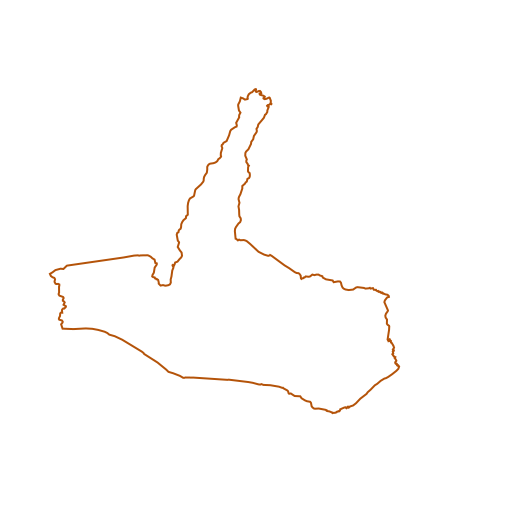 outline of Viqueque, Viqueque, East Timor, rotated 26°
{"feature_id": "22284137B80785204174249", "entity_name": "Viqueque", "entity_type": "district", "adm_level": 2, "iso_a3": "TLS", "parent_name": "East Timor", "parent_adm1": "Viqueque", "projection": "robinson", "projection_center": [126.369, -8.837], "detail": "fine", "context": "isolated", "style": "outline", "palette": "amber", "viewbox_px": 512, "rotation_deg": 26, "n_neighbors": 0, "source": "geoboundaries", "source_scale": "gbopen_adm2", "svg_char_len": 6117}
<svg xmlns="http://www.w3.org/2000/svg" viewBox="0 0 512 512"><g transform="rotate(26 256 256)"><path d="M114.0,406.1L124.0,401.7L134.8,395.7L140.8,393.2L146.6,391.6L153.2,390.4L156.2,390.4L158.6,391.0L164.2,390.0L172.4,389.9L195.3,392.0L197.5,392.5L198.4,393.1L214.2,394.9L225.2,397.5L228.1,398.5L232.9,397.7L240.1,397.1L243.9,397.4L245.0,396.9L245.9,396.1L253.6,392.5L284.7,379.8L285.7,379.1L304.5,372.6L308.7,371.4L314.5,370.3L316.2,369.7L317.0,368.8L319.2,368.6L325.4,365.9L333.9,363.4L337.4,363.0L338.0,362.6L338.7,362.9L343.0,363.1L344.1,363.5L345.5,365.1L346.2,365.3L347.5,364.3L352.1,364.9L357.3,362.7L359.3,363.9L363.3,364.3L365.4,364.2L368.6,363.3L369.8,363.9L371.9,366.7L373.1,367.3L374.8,367.7L376.0,367.4L379.2,365.6L385.8,363.8L387.1,363.7L387.2,364.1L387.8,364.2L390.1,363.5L393.2,363.3L393.1,363.5L393.5,363.6L393.6,363.2L394.2,363.2L396.0,362.1L396.9,361.2L396.8,360.7L397.3,360.2L398.0,359.8L398.1,359.3L399.0,359.0L399.2,357.7L398.9,356.9L401.7,353.6L402.6,352.8L404.0,353.2L404.5,352.3L404.3,351.7L404.4,351.3L404.7,351.1L405.3,351.8L405.7,351.8L406.1,351.2L406.4,350.1L408.8,347.8L410.4,344.6L412.3,338.5L415.8,331.5L416.1,329.5L417.6,325.9L419.5,320.1L421.0,317.7L422.8,313.5L425.1,309.9L426.3,308.9L427.8,306.8L430.1,302.7L432.5,297.7L433.4,295.0L433.1,292.6L431.5,291.8L431.1,292.0L431.0,292.5L430.5,292.3L429.9,291.2L429.5,291.1L428.8,291.6L427.9,291.0L427.7,290.2L428.1,289.0L428.0,288.5L426.0,287.2L425.6,286.1L425.1,286.6L424.4,285.7L423.7,285.7L421.6,284.5L422.1,283.5L421.5,282.8L421.2,281.8L420.8,281.8L420.7,281.3L421.4,280.6L421.1,280.2L420.0,279.9L420.3,277.9L418.8,276.4L415.9,274.5L415.2,274.6L414.4,273.1L413.4,273.1L413.2,273.9L412.8,274.2L412.7,273.8L413.0,272.9L412.9,272.4L412.6,272.2L411.6,273.9L410.9,273.4L408.0,264.1L406.6,260.8L406.2,260.4L404.4,260.1L403.3,259.5L401.6,255.7L399.5,254.5L398.4,253.0L398.1,250.9L398.6,248.0L398.5,247.1L391.6,241.2L391.3,239.4L391.9,236.3L392.1,235.7L393.4,234.5L392.8,233.7L391.2,233.2L389.0,233.8L387.4,233.8L386.9,234.2L386.1,233.6L385.5,233.5L384.9,234.3L384.0,234.2L383.7,233.8L383.3,234.1L382.7,233.8L382.0,234.4L381.1,233.9L380.6,234.4L378.6,234.2L378.5,233.9L376.7,234.7L375.2,233.6L373.2,235.1L372.3,234.7L371.5,235.6L368.7,237.3L367.0,237.4L360.9,239.5L359.8,240.4L358.0,243.6L354.2,246.0L351.0,246.9L349.0,246.9L347.6,246.4L345.8,244.9L344.1,242.8L342.7,242.1L340.8,242.9L337.3,245.5L335.6,244.4L329.1,246.3L325.5,246.1L324.5,245.1L321.8,245.5L320.4,245.3L318.5,246.2L316.9,247.6L314.8,248.0L313.6,250.6L312.6,251.5L309.6,252.6L309.2,253.8L308.4,254.4L308.4,255.1L307.3,255.9L306.9,256.7L306.2,256.4L304.7,254.0L302.8,253.0L301.8,252.8L299.9,253.5L297.9,253.5L291.1,252.4L285.8,251.9L270.0,249.0L268.2,248.9L268.1,249.4L266.9,250.5L262.7,251.2L256.4,251.1L245.3,247.7L241.2,246.7L239.8,246.7L238.1,247.0L235.0,248.7L233.6,248.7L232.9,249.9L230.8,249.3L230.1,249.4L226.1,242.9L225.3,240.7L225.3,238.8L226.0,234.5L226.9,232.5L226.7,230.4L225.7,228.8L223.7,227.6L222.7,226.0L220.6,222.0L218.5,219.1L217.8,215.4L215.5,212.7L215.0,211.5L214.8,210.1L214.9,207.4L214.1,201.3L213.0,199.1L214.4,195.7L214.4,194.5L215.1,193.1L214.5,190.4L215.6,188.9L215.6,187.5L215.0,185.9L214.0,184.3L212.4,183.9L211.6,183.3L209.9,179.5L210.0,177.9L208.8,177.7L208.2,176.9L206.1,175.8L205.5,174.5L205.4,173.2L202.4,170.6L201.3,168.1L201.3,166.5L202.4,163.4L202.4,157.5L201.7,155.5L202.3,152.3L201.5,149.0L202.2,144.6L202.0,143.3L200.7,141.5L201.0,139.3L200.4,136.8L202.5,128.3L202.2,125.1L202.8,124.1L203.0,121.6L202.4,120.2L202.1,116.5L200.6,116.5L200.1,116.1L200.5,115.1L201.6,114.3L202.0,113.1L203.2,112.9L203.2,112.5L201.9,111.7L201.4,110.1L199.0,107.8L198.5,107.7L198.2,107.9L196.5,110.1L195.1,111.2L193.9,111.2L193.5,110.9L194.1,109.5L194.0,108.9L192.3,108.7L189.0,109.3L188.5,109.1L188.0,108.4L188.3,108.0L189.0,108.0L189.4,107.4L188.5,106.4L187.2,105.9L186.3,106.4L184.7,108.3L184.0,108.4L183.1,107.7L183.2,106.6L182.9,106.1L182.6,106.1L181.8,106.9L180.7,110.5L179.7,111.5L178.6,113.8L178.6,116.1L179.0,117.4L179.7,118.3L179.5,118.7L177.5,120.3L175.4,120.0L172.9,120.3L173.7,124.1L173.6,127.6L174.1,128.8L176.9,132.7L179.2,134.0L179.1,136.6L179.6,138.0L180.1,138.7L179.8,145.0L181.5,147.0L181.8,148.2L180.6,149.5L178.3,153.4L178.1,155.0L178.9,159.3L179.2,165.6L177.2,168.5L177.1,170.3L176.6,171.2L176.9,172.4L178.1,173.4L178.5,174.1L179.2,178.7L180.2,181.0L180.9,181.6L181.0,182.3L180.4,184.3L179.7,185.4L179.6,187.7L179.0,189.0L178.3,190.0L177.1,191.2L174.2,193.2L173.5,194.2L173.1,195.6L173.1,197.3L174.3,199.7L175.3,202.7L174.8,205.4L174.7,207.6L175.1,209.3L175.9,211.2L176.0,212.3L175.2,215.8L172.6,222.3L172.5,223.4L173.9,229.0L173.7,229.8L171.4,233.3L171.3,235.4L171.7,238.0L172.7,241.1L176.6,248.8L175.7,250.9L176.4,252.7L175.1,255.6L174.8,257.8L174.9,260.2L176.0,262.9L176.3,264.5L175.5,266.1L175.4,266.9L175.9,268.7L175.1,269.7L175.4,271.6L179.0,276.5L180.4,277.1L181.0,277.7L181.7,282.2L185.2,284.4L187.6,285.5L189.4,288.2L189.4,290.1L188.6,292.4L187.9,295.5L186.2,297.3L186.5,299.2L186.5,300.5L185.2,300.4L185.0,300.9L185.8,301.7L186.2,301.7L186.9,302.7L187.1,305.7L189.0,311.5L189.6,314.5L191.1,317.3L191.1,319.2L190.1,320.6L188.1,322.1L187.4,322.5L185.2,322.9L183.2,324.4L180.7,323.5L180.1,322.3L178.5,320.4L177.1,320.2L176.7,320.6L175.9,320.2L175.1,320.4L174.4,319.7L172.7,320.1L171.7,319.9L171.3,318.4L171.5,315.8L170.0,310.8L170.5,307.6L170.4,306.7L170.0,306.1L168.6,306.4L166.4,303.7L163.9,303.5L161.7,302.8L159.2,302.7L158.2,302.9L152.1,306.0L150.9,306.9L149.5,307.2L146.2,309.1L137.6,315.4L90.5,347.4L90.2,347.7L88.6,352.1L85.9,353.1L81.9,356.6L80.2,360.0L78.6,362.4L80.4,363.9L82.4,364.3L84.3,364.1L84.8,364.4L85.6,365.0L86.1,367.2L86.5,367.8L88.0,368.8L88.9,368.7L90.4,367.8L91.7,367.8L92.3,369.0L92.4,369.9L95.1,375.3L95.1,376.2L95.5,377.1L96.7,377.8L100.5,377.4L101.2,377.7L101.6,378.4L101.5,379.8L102.0,380.9L103.6,381.1L104.4,381.6L104.4,384.2L107.2,384.5L107.4,385.3L106.7,387.3L105.8,387.6L105.3,388.9L105.3,389.7L106.7,391.9L105.5,392.4L105.2,393.4L106.2,396.0L106.1,397.7L106.4,399.0L107.1,399.5L109.8,399.0L111.0,399.7L111.3,400.6L110.8,402.8L114.0,406.1Z" fill="none" stroke="#b45309" stroke-width="2"/></g></svg>